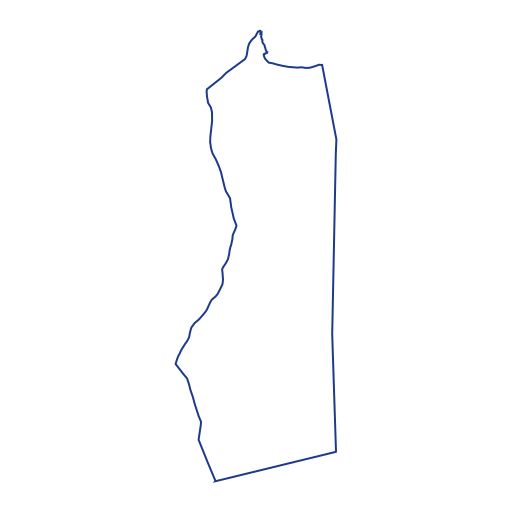 Salloum, Matruh, Egypt (Mercator projection)
{"feature_id": "37247803B99889104547734", "entity_name": "Salloum", "entity_type": "district", "adm_level": 2, "iso_a3": "EGY", "parent_name": "Egypt", "parent_adm1": "Matruh", "projection": "mercator", "projection_center": [25.027, 30.642], "detail": "fine", "context": "isolated", "style": "outline", "palette": "blue", "viewbox_px": 512, "rotation_deg": 0, "n_neighbors": 0, "source": "geoboundaries", "source_scale": "gbopen_adm2", "svg_char_len": 2035}
<svg xmlns="http://www.w3.org/2000/svg" viewBox="0 0 512 512"><path d="M322.1,64.9L321.3,65.0L319.2,64.7L315.9,65.9L313.7,66.6L311.9,67.2L308.9,67.9L305.1,67.9L303.9,67.6L301.3,67.3L297.4,67.6L293.5,67.3L288.5,66.9L284.0,66.1L280.6,65.4L276.0,64.3L273.1,63.4L268.7,62.6L267.2,61.0L265.3,59.0L264.5,57.5L263.7,55.1L263.9,54.1L264.4,53.7L264.8,54.0L265.5,53.6L266.3,52.9L267.1,52.8L267.3,52.0L266.5,51.6L265.7,49.9L265.4,48.2L264.9,47.2L264.5,45.2L263.8,44.4L263.1,43.3L262.5,42.2L262.2,41.2L262.5,40.3L262.3,39.6L261.7,39.1L261.6,38.0L261.1,37.1L261.5,34.6L261.5,33.2L261.0,33.8L260.6,34.0L260.4,34.0L260.6,33.2L260.9,32.4L260.6,31.1L260.0,30.7L259.3,31.1L259.2,31.5L258.0,31.5L255.4,36.5L252.5,39.1L250.2,41.9L249.7,42.8L249.0,44.0L248.3,46.3L248.0,47.2L246.6,55.8L245.0,59.1L226.3,72.8L224.1,75.0L221.7,77.5L219.0,79.7L207.0,89.2L206.6,91.4L207.0,96.7L207.8,101.0L207.9,101.6L207.9,102.6L208.1,102.8L209.0,104.4L210.8,107.3L211.9,111.7L212.0,112.7L212.1,121.0L210.4,136.3L210.1,141.9L210.7,145.6L210.7,146.0L210.7,146.6L211.6,150.5L212.7,153.7L215.9,159.5L218.7,165.9L221.0,172.1L222.2,177.3L223.6,183.0L224.6,187.2L225.9,191.3L230.0,198.1L230.9,204.6L231.2,207.2L232.6,213.2L233.7,218.3L235.5,223.0L236.5,225.7L235.3,229.3L233.5,233.3L232.7,235.4L232.4,239.1L231.3,244.2L230.4,247.2L229.6,250.5L229.2,253.8L228.0,259.1L225.7,263.4L223.3,266.9L222.1,269.4L222.5,272.7L223.0,279.6L222.6,283.6L222.0,285.3L219.1,291.2L217.4,294.3L215.8,296.2L211.8,299.7L210.2,302.3L208.8,305.4L207.2,309.0L206.0,311.1L204.1,313.5L199.0,319.4L194.7,323.0L192.9,325.4L191.4,327.5L190.6,330.1L189.7,333.8L189.4,335.9L188.7,338.2L187.0,341.3L185.1,343.9L182.6,347.8L180.9,350.8L179.6,353.7L178.1,356.4L176.9,359.8L176.2,362.0L175.6,364.0L183.4,374.1L187.0,378.3L188.8,383.5L190.5,390.2L192.7,396.5L193.0,397.5L195.2,405.6L195.5,406.3L198.7,416.2L201.0,421.7L200.8,424.9L200.0,430.3L198.6,439.8L207.7,462.4L215.4,480.8L215.1,481.3L335.2,452.0L336.0,451.7L332.2,334.0L335.8,153.7L336.4,139.5L322.1,64.9Z" fill="none" stroke="#1e3a8a" stroke-width="2"/></svg>